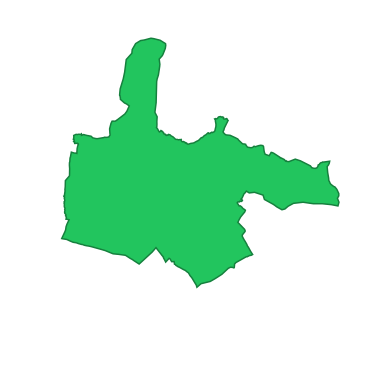 Notodden nor, Telemark, Norway, rotated 123°
{"feature_id": "86288312B98862303596044", "entity_name": "Notodden nor", "entity_type": "district", "adm_level": 2, "iso_a3": "NOR", "parent_name": "Norway", "parent_adm1": "Telemark", "projection": "mercator", "projection_center": [9.072, 59.692], "detail": "fine", "context": "isolated", "style": "filled", "palette": "green", "viewbox_px": 384, "rotation_deg": 123, "n_neighbors": 0, "source": "geoboundaries", "source_scale": "gbopen_adm2", "svg_char_len": 6062}
<svg xmlns="http://www.w3.org/2000/svg" viewBox="0 0 384 384"><g transform="rotate(123 192 192)"><path d="M269.2,136.0L264.0,134.5L257.1,128.0L251.8,125.3L244.7,122.1L236.2,120.0L234.1,118.7L233.2,117.0L232.8,115.5L232.3,115.4L229.1,117.1L227.2,116.7L216.7,111.2L216.3,110.5L213.9,109.1L212.9,107.9L211.4,107.1L209.9,110.4L207.6,114.7L207.0,116.3L206.1,117.4L204.5,120.5L203.7,122.3L201.8,125.7L200.6,126.4L196.2,126.0L195.6,126.3L194.7,127.5L192.5,137.0L189.6,137.4L186.4,137.6L180.0,136.9L178.2,137.3L178.0,138.8L178.2,139.1L178.2,139.4L177.9,140.9L177.5,142.0L177.3,143.9L178.0,144.9L176.5,148.2L175.1,148.0L174.6,146.9L173.6,146.8L173.4,146.0L173.1,145.5L171.8,145.0L171.4,145.3L171.3,145.9L171.5,146.5L171.5,146.8L171.2,147.0L169.9,146.7L165.1,147.4L163.8,147.0L161.7,146.9L161.6,143.5L158.2,139.4L155.9,130.7L158.8,127.2L158.1,117.5L158.1,115.5L158.3,112.8L157.9,106.9L155.6,104.8L151.5,103.6L146.2,100.7L140.1,93.3L135.8,84.0L130.8,76.2L126.7,68.2L124.2,62.0L120.5,63.2L118.1,66.6L115.3,66.8L113.4,68.0L111.0,71.8L110.6,72.8L109.9,75.1L110.2,76.0L109.9,79.8L109.4,81.0L108.3,82.6L107.9,83.5L105.9,85.0L101.8,88.8L97.1,92.5L94.9,92.3L93.0,92.6L91.2,93.3L95.3,98.0L95.6,98.7L96.3,98.9L97.1,99.8L98.4,100.3L99.6,100.2L100.6,100.9L102.0,100.3L104.0,100.5L104.6,101.2L105.0,101.4L106.0,103.3L106.1,104.0L106.4,104.7L106.3,105.0L105.6,106.9L106.8,118.0L108.2,123.3L113.8,127.3L114.9,129.6L114.6,130.0L115.1,130.3L114.7,131.8L114.5,132.1L114.7,132.4L114.6,132.8L114.7,133.1L114.6,134.1L114.8,134.3L114.9,135.8L114.9,136.1L115.1,136.1L115.1,136.6L115.3,136.8L115.1,137.2L115.0,137.7L115.0,143.4L115.0,144.8L115.4,146.7L115.7,147.2L119.5,147.0L120.5,151.2L119.3,152.9L118.2,154.0L114.9,156.8L114.5,157.9L114.8,158.4L115.1,159.3L115.5,160.0L117.0,161.5L119.6,163.6L119.8,164.9L121.7,165.5L122.8,166.7L124.2,169.9L123.2,172.6L122.8,172.9L123.0,173.8L123.5,174.6L124.0,175.8L124.0,176.3L123.1,181.1L122.6,182.5L122.9,185.4L123.7,190.9L125.5,194.4L125.7,195.3L125.2,197.6L124.7,198.7L122.9,199.1L122.7,199.0L120.7,199.7L112.3,200.7L112.2,201.7L111.7,202.2L111.5,202.9L112.9,204.1L113.4,205.3L113.2,205.8L112.3,206.1L112.3,207.0L112.6,207.6L113.2,208.1L113.1,208.9L113.2,209.2L114.2,210.3L114.9,210.7L116.1,210.7L116.9,210.9L117.4,211.4L117.4,211.9L117.5,212.1L118.1,212.6L118.4,212.8L118.9,211.6L119.2,211.4L120.0,210.8L122.0,208.9L123.9,207.7L126.5,206.8L128.2,206.1L129.9,206.4L131.0,207.2L130.9,207.6L131.0,207.9L132.3,208.6L133.2,208.8L133.4,209.4L133.8,209.7L133.4,210.2L133.4,210.4L133.7,210.8L136.7,211.6L137.8,212.3L138.5,212.5L140.5,212.9L140.9,213.1L141.3,213.8L145.1,214.6L145.8,215.0L146.5,215.3L146.7,215.6L149.8,217.2L150.6,218.0L152.0,219.6L153.7,220.9L154.1,221.3L154.0,221.6L154.3,222.2L154.2,222.6L153.9,223.0L154.0,223.9L154.4,223.9L154.5,224.3L154.5,224.5L154.2,225.0L154.2,225.5L154.3,226.5L154.5,226.6L154.5,226.9L155.1,227.4L155.2,227.9L154.6,229.4L153.9,229.5L153.8,229.8L154.4,230.1L154.9,231.1L155.6,231.7L155.7,232.0L155.9,233.0L156.7,234.2L156.7,235.1L156.5,235.5L156.1,238.1L156.3,240.0L156.2,240.7L156.0,241.2L156.1,241.7L156.4,242.9L157.0,242.9L157.5,243.2L157.6,243.4L157.5,243.5L158.0,243.7L158.5,244.3L158.2,244.9L158.5,245.1L158.5,245.3L158.4,245.7L158.1,246.0L158.5,247.1L158.2,247.8L157.9,247.9L157.9,248.7L157.5,249.0L157.4,249.4L157.4,249.9L157.7,250.6L157.3,250.8L157.5,251.1L157.4,251.5L158.5,251.6L159.4,252.1L159.2,252.5L159.1,253.0L157.8,255.3L157.4,256.8L157.1,257.0L156.7,256.9L154.3,258.3L152.0,259.9L147.9,262.2L145.4,266.5L136.7,270.7L118.6,281.8L116.2,282.8L112.2,283.9L104.5,287.4L102.4,288.5L98.4,291.9L94.0,291.2L92.5,291.3L86.1,292.6L83.3,293.9L82.0,295.0L82.1,301.4L84.3,307.8L85.4,310.2L90.6,314.9L93.0,317.6L98.2,320.1L105.1,319.7L108.4,318.0L116.7,319.3L128.3,313.7L134.8,311.2L144.6,308.4L149.8,305.7L150.1,305.3L150.5,305.2L150.7,304.5L151.5,304.0L151.7,303.6L153.3,302.5L154.1,297.1L153.8,295.0L154.0,291.5L159.8,290.6L163.2,290.8L171.7,293.8L174.4,294.9L176.1,297.6L178.6,297.3L183.9,295.5L187.4,292.9L188.3,292.1L189.0,291.7L191.3,291.8L192.7,293.4L193.8,295.3L194.4,295.6L198.8,300.4L199.5,301.6L200.6,304.6L200.2,307.2L200.9,308.5L200.9,308.9L201.9,311.1L202.1,311.9L202.6,313.2L202.6,313.5L202.8,314.0L203.1,314.5L203.9,314.8L204.7,315.5L203.7,316.1L203.5,316.4L204.1,316.5L205.5,318.8L206.4,319.6L206.7,320.5L207.3,321.0L208.8,321.8L209.0,322.0L210.3,321.0L212.3,320.2L212.0,319.9L212.4,319.5L212.4,319.3L213.1,318.8L213.6,318.8L213.6,318.4L214.0,318.6L214.0,318.2L214.3,318.0L214.3,317.7L215.2,316.8L215.1,316.5L214.6,316.4L214.2,315.7L214.1,315.3L213.5,314.6L213.6,314.4L213.4,314.0L213.5,313.7L213.9,313.6L213.8,313.4L214.2,313.1L215.7,312.9L218.1,312.0L222.4,309.6L222.7,310.7L223.5,312.0L224.3,314.9L228.9,313.0L229.9,312.8L233.1,311.0L234.2,310.7L236.3,309.4L239.1,307.3L244.9,303.7L245.6,303.6L251.4,304.4L256.6,301.2L259.5,299.7L260.1,299.1L261.7,298.4L262.0,298.1L262.5,298.0L263.5,297.6L264.7,296.7L265.3,297.3L265.4,297.2L265.7,296.5L266.1,296.0L266.2,295.7L266.8,295.7L268.2,294.2L269.1,293.8L269.8,293.9L270.0,293.4L271.0,293.3L271.3,292.6L272.0,292.3L272.7,291.7L273.2,291.6L273.6,291.3L273.7,291.1L274.3,290.6L274.4,290.1L274.8,289.7L275.3,289.4L275.8,289.4L276.3,289.0L276.6,288.5L278.1,288.0L278.5,287.7L278.7,287.2L279.1,287.1L279.6,285.6L280.0,285.2L280.8,285.1L281.0,284.3L281.6,283.9L282.0,283.3L283.4,282.9L282.8,281.6L282.2,280.0L287.2,279.3L289.7,278.7L292.5,277.4L294.2,277.0L302.0,275.9L301.6,274.8L300.0,271.2L299.4,267.0L298.9,264.3L297.6,261.4L297.1,259.1L296.1,256.0L295.6,255.0L295.3,253.3L294.5,251.2L293.6,249.2L292.7,246.8L289.4,236.3L288.4,232.9L286.8,224.5L284.3,219.7L281.3,213.3L281.3,207.2L281.1,205.3L281.2,203.5L281.2,197.1L264.1,192.7L258.3,191.9L260.7,184.9L261.5,182.7L262.1,180.6L262.6,180.3L263.9,177.9L265.1,175.9L260.1,175.1L260.1,174.4L260.1,173.9L261.5,171.1L260.1,169.1L262.1,167.4L261.9,166.4L262.2,165.8L262.3,165.2L262.2,163.2L262.3,163.0L262.0,161.6L261.7,156.8L261.4,154.9L261.7,152.8L261.7,151.2L262.2,150.0L263.2,148.1L263.9,145.8L264.4,144.6L267.0,139.3L267.6,137.9L269.2,136.0Z" fill="#22c55e" stroke="#15803d" stroke-width="1.5"/></g></svg>